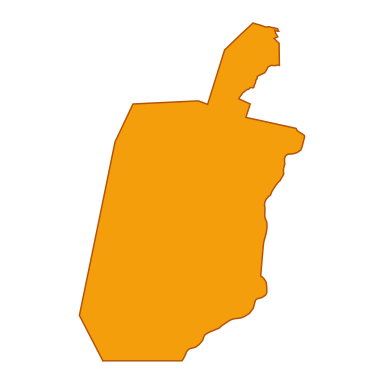 Morne Panache, Dennery, Saint Lucia (Albers equal-area conic projection)
{"feature_id": "8701671B87673640484733", "entity_name": "Morne Panache", "entity_type": "district", "adm_level": 2, "iso_a3": "LCA", "parent_name": "Saint Lucia", "parent_adm1": "Dennery", "projection": "albers", "projection_center": [-60.933, 13.923], "detail": "fine", "context": "isolated", "style": "filled", "palette": "amber", "viewbox_px": 384, "rotation_deg": 0, "n_neighbors": 0, "source": "geoboundaries", "source_scale": "gbopen_adm2", "svg_char_len": 1717}
<svg xmlns="http://www.w3.org/2000/svg" viewBox="0 0 384 384"><path d="M304.6,137.0L304.3,135.3L299.1,132.0L297.1,130.5L296.1,128.4L245.9,117.4L250.2,104.0L238.8,98.8L239.9,96.9L242.6,93.1L246.1,90.2L246.9,89.7L248.6,89.2L250.4,87.6L253.3,87.8L253.9,87.3L254.1,85.5L255.4,83.0L255.8,80.5L257.2,78.5L256.9,77.1L257.7,76.2L259.5,75.2L264.5,72.9L265.6,71.5L268.1,66.9L271.5,65.2L273.1,65.6L275.0,65.6L276.3,65.4L277.9,65.0L279.4,65.4L279.1,43.3L274.0,38.5L277.8,36.8L275.6,33.2L274.7,30.3L275.9,30.8L277.3,31.2L278.7,31.2L278.0,29.9L277.6,28.7L268.6,26.7L268.0,26.8L265.8,27.1L259.9,25.0L255.0,23.7L253.0,23.0L248.6,27.2L247.6,28.1L241.6,33.6L224.6,50.0L207.6,104.4L198.4,100.9L183.2,101.6L133.0,104.0L115.2,141.6L115.1,141.8L113.6,148.9L96.9,230.5L79.4,315.4L103.0,361.0L103.4,360.8L182.0,360.8L183.1,359.2L184.1,357.4L185.4,354.7L186.8,351.3L188.7,349.3L190.4,348.5L193.7,347.7L196.0,346.9L199.3,344.3L202.6,340.4L203.9,336.6L205.1,334.6L208.8,332.4L215.9,329.4L219.0,328.2L221.9,325.6L225.2,323.3L230.2,320.1L233.5,318.9L241.0,317.9L244.5,316.5L249.5,313.3L253.3,308.2L254.7,302.8L255.6,300.0L257.6,298.6L261.8,297.6L265.5,295.2L266.8,292.7L266.8,288.1L266.3,282.7L265.3,280.7L263.6,278.2L260.7,275.8L263.2,246.4L263.7,242.6L264.5,239.2L265.9,234.4L266.8,229.5L267.0,225.9L266.8,222.3L265.5,219.1L264.7,216.2L264.9,212.4L264.9,208.0L264.5,204.8L264.9,201.9L266.4,198.9L268.6,196.5L270.5,195.1L271.7,191.9L273.8,188.3L276.1,185.0L277.8,182.8L279.9,180.8L281.5,178.0L283.0,175.6L283.8,173.4L283.4,171.4L283.6,168.3L284.8,164.3L284.6,161.7L284.6,158.1L285.5,155.9L287.9,154.2L292.1,154.0L296.7,152.8L300.8,150.0L301.9,147.4L303.1,142.8L303.9,139.5L304.6,137.0Z" fill="#f59e0b" stroke="#b45309" stroke-width="1.5"/></svg>